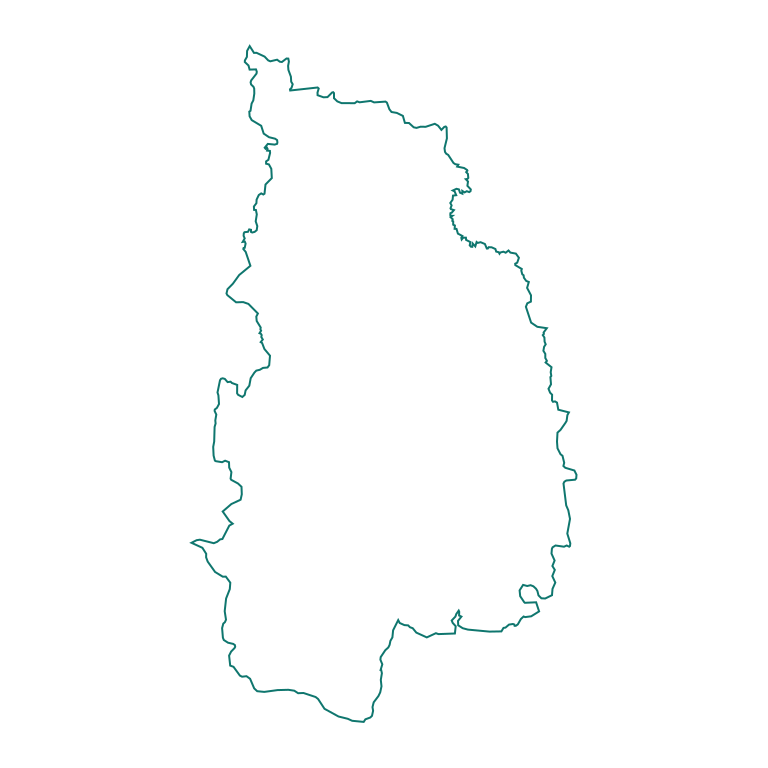 Arivonimamo, Itasy, Madagascar (Natural Earth projection)
{"feature_id": "10022922B99194691228489", "entity_name": "Arivonimamo", "entity_type": "district", "adm_level": 2, "iso_a3": "MDG", "parent_name": "Madagascar", "parent_adm1": "Itasy", "projection": "natural_earth1", "projection_center": [47.286, -19.045], "detail": "fine", "context": "isolated", "style": "outline", "palette": "teal", "viewbox_px": 768, "rotation_deg": 0, "n_neighbors": 0, "source": "geoboundaries", "source_scale": "gbopen_adm2", "svg_char_len": 6081}
<svg xmlns="http://www.w3.org/2000/svg" viewBox="0 0 768 768"><path d="M323.5,97.3L317.6,95.2L317.5,92.6L318.7,88.5L317.6,87.5L290.2,90.5L290.0,89.3L291.5,87.9L292.7,84.2L291.2,81.7L290.9,76.7L288.4,69.9L288.1,65.9L288.9,61.6L288.3,58.6L286.5,58.5L281.9,62.0L279.8,61.7L277.1,59.7L270.3,61.3L268.2,60.4L264.6,56.6L256.5,52.8L254.0,52.9L249.7,46.1L247.1,50.9L246.9,56.9L244.9,60.4L244.8,62.0L248.5,65.5L249.6,69.6L256.0,69.4L256.8,71.8L256.5,73.6L251.2,80.4L250.6,82.3L251.1,84.5L253.5,86.8L254.2,88.6L254.3,93.6L253.3,100.4L251.6,103.6L250.5,110.8L249.3,111.6L249.6,116.3L251.7,120.1L261.2,125.8L263.7,133.6L269.0,137.2L275.1,138.7L277.1,140.1L277.4,142.3L277.1,143.8L274.7,144.6L267.8,143.9L264.7,147.7L265.6,148.8L267.0,147.8L267.6,149.0L267.1,150.6L269.9,150.9L270.1,152.9L268.4,159.8L266.1,161.4L266.1,163.7L268.9,164.4L271.3,168.8L271.8,178.1L265.5,184.5L264.5,193.7L263.3,194.5L261.2,193.4L258.8,195.0L256.6,199.6L256.4,203.2L253.9,206.5L254.1,209.9L255.9,210.0L256.8,214.4L255.7,221.3L257.3,226.1L256.7,230.2L254.6,231.9L252.2,232.5L251.0,231.9L251.0,229.8L249.2,229.4L248.0,231.8L244.5,232.2L243.8,233.3L243.6,235.8L244.7,238.4L242.7,241.9L244.8,241.6L245.6,243.6L244.7,247.8L243.6,248.0L243.3,249.0L245.7,251.9L250.4,265.8L239.2,275.0L232.9,283.7L227.5,289.2L226.5,293.5L227.4,295.2L236.1,302.3L243.2,302.1L248.4,303.9L257.9,313.5L256.3,316.6L256.7,321.0L260.7,327.5L260.4,329.3L261.1,330.7L259.5,333.2L260.9,333.8L261.7,335.1L261.3,337.0L262.8,339.5L260.7,342.1L262.1,343.0L264.4,349.0L270.0,355.7L269.2,365.2L267.5,367.5L263.0,367.9L259.8,369.8L256.3,370.6L254.4,372.6L250.7,378.2L249.3,385.7L245.6,390.4L244.7,394.9L242.3,397.0L238.1,394.8L237.1,393.3L237.2,384.9L231.9,383.0L230.6,381.7L227.6,382.1L224.8,378.9L222.7,378.3L221.0,378.8L220.0,380.3L217.5,392.5L218.4,395.3L219.0,404.0L216.9,407.9L214.8,409.5L214.6,410.9L216.3,414.6L215.3,420.4L215.6,423.5L214.6,426.9L214.2,441.5L213.2,446.9L213.6,455.6L214.9,460.6L215.9,461.2L222.1,462.2L225.1,460.7L229.0,462.2L229.2,467.6L231.4,472.1L230.6,478.7L231.2,479.8L238.0,483.5L241.5,486.8L241.8,494.3L240.6,499.7L231.4,504.0L222.7,511.5L229.5,521.1L232.7,523.7L229.3,525.6L222.4,539.0L220.1,539.4L217.2,541.8L213.8,543.2L199.9,539.7L196.6,540.2L191.5,542.8L202.4,547.8L206.2,553.8L206.1,557.3L207.7,561.6L215.1,572.0L222.8,576.7L225.8,576.6L230.3,582.7L229.8,589.1L226.1,598.5L224.7,611.2L226.0,619.7L224.9,622.2L223.3,623.6L222.1,628.1L222.9,637.7L223.8,640.0L228.0,642.7L233.2,643.9L234.9,645.1L235.2,646.8L234.5,648.1L231.1,651.6L229.1,655.6L230.2,665.6L233.5,666.8L239.9,675.6L242.1,676.7L246.5,676.2L250.1,678.8L254.2,688.4L257.2,691.2L264.3,691.9L277.5,690.1L288.4,689.8L294.3,690.7L298.1,693.2L303.5,693.0L315.6,697.0L318.1,699.0L324.5,708.8L338.5,716.5L347.8,718.8L352.2,720.8L363.7,721.9L365.4,719.3L370.3,717.5L372.0,715.8L373.1,710.8L372.5,707.1L373.7,702.3L378.4,696.1L380.2,692.4L381.5,686.3L380.8,679.9L381.9,673.2L381.2,670.1L380.6,670.0L382.3,664.3L380.4,659.7L380.7,657.1L385.3,650.2L388.3,647.5L389.6,644.9L390.4,640.9L392.4,637.4L393.1,630.3L398.2,620.1L399.7,623.0L404.4,625.1L408.2,625.4L409.9,627.2L412.7,628.2L416.3,632.6L426.8,637.4L435.9,633.2L438.4,634.1L454.9,633.5L455.7,626.2L452.7,622.9L451.7,620.5L455.4,616.6L456.3,614.0L458.7,610.6L459.2,611.7L459.1,615.5L461.4,616.6L458.0,620.9L458.2,625.3L462.7,628.2L467.9,629.6L489.4,631.6L501.4,631.4L503.5,627.9L505.5,627.6L509.0,624.6L512.9,624.0L514.3,624.5L514.6,625.8L515.8,625.8L517.8,624.4L520.9,619.0L523.6,616.5L525.1,617.1L531.2,616.3L539.1,611.4L536.1,602.3L524.9,602.8L524.2,602.2L520.2,596.2L519.6,590.4L523.1,584.9L527.2,586.0L530.6,585.2L533.4,586.3L536.0,588.7L537.4,591.0L538.5,595.4L541.4,598.3L545.2,598.5L552.0,595.2L552.5,588.9L555.3,582.6L552.3,576.1L554.8,569.9L552.4,566.0L554.6,560.5L551.5,553.6L551.9,548.8L552.6,547.3L555.5,545.5L564.0,546.7L566.7,545.5L569.2,546.7L570.0,546.0L570.3,543.3L567.3,533.6L570.0,518.9L568.3,510.3L566.2,505.4L563.5,483.5L564.4,481.7L566.3,480.5L575.1,479.7L576.2,478.4L576.5,474.8L574.4,470.5L565.3,467.8L563.4,466.0L564.2,462.8L562.5,455.8L560.5,454.2L557.5,448.3L557.0,441.6L557.5,432.6L560.5,429.9L565.4,422.9L566.6,420.9L567.4,415.1L568.9,412.4L558.3,409.7L557.0,402.6L555.0,401.4L553.0,401.8L552.0,400.4L552.1,394.7L550.1,392.7L548.5,388.8L551.0,384.3L550.4,377.1L551.3,375.9L550.7,372.2L551.5,367.2L545.6,362.5L546.9,360.9L545.3,358.0L545.3,353.9L543.4,350.8L544.1,346.8L545.7,344.3L544.6,341.7L544.4,337.5L542.8,335.1L543.9,333.9L543.6,332.5L546.8,328.2L537.3,326.8L531.1,322.6L525.9,306.8L527.3,303.3L530.9,301.6L531.0,295.3L527.1,287.9L528.8,282.0L526.2,280.9L523.9,277.7L523.6,275.3L522.3,274.3L521.3,270.7L521.8,269.0L515.3,265.1L515.2,263.7L517.2,262.7L518.9,257.8L515.9,253.6L510.4,252.6L508.5,250.5L505.7,252.7L503.4,251.7L500.3,252.5L499.5,253.7L498.7,252.2L496.2,251.6L495.4,249.0L491.6,247.3L488.7,247.2L487.8,248.5L486.8,248.5L484.9,244.0L480.6,242.2L477.7,242.9L476.6,242.0L475.3,246.4L472.7,243.5L472.3,246.8L470.9,246.7L469.7,245.3L470.4,242.1L466.1,239.9L465.9,237.7L463.2,237.7L461.7,239.5L461.3,237.8L462.4,236.0L457.9,233.6L456.5,228.9L454.6,228.8L454.9,225.5L453.2,224.7L453.2,221.4L452.3,220.9L452.7,219.2L450.6,217.2L452.3,215.9L450.5,215.9L450.3,215.1L450.4,213.2L451.8,212.6L453.9,210.1L450.9,209.1L450.5,208.4L451.6,205.4L450.3,203.0L452.6,199.7L453.0,195.6L456.2,195.2L454.6,191.4L452.8,190.5L456.5,188.8L458.9,189.4L460.0,192.7L462.4,193.7L462.3,190.9L464.6,192.4L466.8,191.2L469.2,192.1L470.5,191.2L470.8,189.4L467.4,185.8L468.0,181.5L465.8,179.2L467.5,178.9L468.3,177.9L467.9,173.9L466.2,172.1L467.4,170.7L467.1,170.0L464.1,168.0L457.2,166.6L458.3,164.7L455.3,164.2L453.5,163.0L448.2,154.9L446.2,153.7L445.0,151.9L444.5,148.2L446.9,138.4L446.6,127.5L445.7,126.5L444.3,126.9L441.4,129.9L438.1,125.7L434.8,123.8L425.7,126.8L420.6,126.7L416.5,127.9L413.7,127.3L409.0,123.0L404.9,122.9L402.9,115.9L396.8,112.9L391.5,112.0L389.4,109.3L386.9,102.6L385.5,101.6L374.1,102.4L370.8,100.9L359.6,102.3L357.1,101.4L354.7,103.2L341.5,103.1L337.3,101.4L334.0,98.2L334.0,93.1L333.2,92.2L332.1,92.5L327.5,97.1L323.5,97.3Z" fill="none" stroke="#0f766e" stroke-width="2"/></svg>